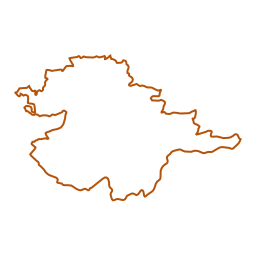 SVG path tracing the border of Naryn
{"feature_id": "KGZ-1118", "entity_name": "Naryn", "entity_type": "Region", "adm_level": 1, "iso_a3": "KGZ", "parent_name": "Kyrgyzstan", "parent_adm1": "", "projection": "albers", "projection_center": [75.468, 41.376], "detail": "fine", "context": "isolated", "style": "outline", "palette": "amber", "viewbox_px": 256, "rotation_deg": 0, "n_neighbors": 0, "source": "natural_earth", "source_scale": "10m", "svg_char_len": 5678}
<svg xmlns="http://www.w3.org/2000/svg" viewBox="0 0 256 256"><path d="M240.6,139.3L239.4,142.0L238.7,143.1L238.0,143.9L233.1,148.5L232.2,148.8L231.1,148.7L229.2,147.9L222.6,147.1L220.8,147.2L219.1,147.8L212.6,151.6L211.8,151.9L210.9,152.0L208.3,151.9L204.4,153.1L203.0,153.1L198.6,151.2L195.8,150.7L194.2,150.8L191.3,151.8L185.0,151.5L183.5,151.0L180.8,149.7L179.4,149.4L174.0,150.8L172.1,151.6L170.8,153.0L170.1,154.0L168.3,155.4L167.4,156.3L166.9,157.5L167.1,158.8L167.5,160.1L167.7,161.4L167.3,162.8L166.5,163.6L164.5,164.8L162.9,166.3L161.6,168.3L160.7,170.7L160.5,177.5L160.3,178.6L159.8,179.5L157.1,181.7L155.9,183.7L154.3,188.4L153.2,190.4L151.8,191.7L147.4,194.7L145.8,196.3L145.0,196.6L144.2,195.8L143.4,191.7L142.9,190.6L141.4,190.1L139.9,191.8L138.4,194.0L136.7,195.1L135.8,194.8L133.9,193.8L132.9,193.5L131.6,193.6L127.1,195.8L126.5,196.8L125.9,197.9L125.1,199.1L124.1,199.8L123.0,200.0L121.9,199.9L118.6,199.1L117.5,199.0L116.4,199.2L114.0,200.2L112.9,200.3L112.0,199.3L111.6,198.2L110.7,195.2L110.6,194.0L111.1,192.7L112.2,190.9L112.1,189.7L111.6,189.0L110.2,187.6L109.6,186.8L109.2,185.5L109.0,181.8L108.1,178.9L106.6,177.5L104.8,177.5L102.7,178.8L91.6,187.7L89.9,188.4L89.4,189.5L89.0,190.1L88.1,190.3L86.2,189.2L85.3,188.8L84.0,189.0L81.5,190.1L80.2,190.3L78.4,189.8L76.5,189.0L72.1,186.0L71.0,185.4L69.9,185.5L68.4,185.2L64.5,185.2L63.6,185.1L63.0,184.9L61.9,183.6L58.2,182.9L57.5,182.6L57.1,182.2L57.6,180.6L57.7,179.5L57.2,178.6L56.6,178.0L56.0,177.6L49.1,175.0L48.0,174.3L46.0,172.5L45.1,171.5L44.0,169.6L40.5,166.1L39.1,165.1L38.9,164.7L38.7,163.0L38.1,161.9L36.5,160.7L31.1,155.7L30.2,154.3L34.8,149.0L35.4,148.0L35.5,147.4L31.7,144.2L31.6,143.7L32.2,142.3L32.5,141.9L32.9,141.7L34.2,141.8L34.6,141.6L35.5,140.6L37.1,140.1L38.7,139.1L41.2,139.1L45.3,138.3L47.4,138.9L48.4,138.6L48.4,138.4L47.9,137.7L46.3,135.3L45.6,133.6L45.6,133.1L45.9,132.8L46.4,132.5L50.4,131.1L52.5,130.0L57.2,129.1L60.9,127.5L63.1,124.6L63.4,124.0L64.0,122.2L65.1,118.2L65.5,114.7L66.4,112.7L66.3,112.1L64.5,110.7L63.4,110.7L62.8,111.0L62.4,111.8L61.8,112.3L55.6,114.9L54.8,115.0L53.3,114.6L52.3,114.6L51.8,114.9L50.8,115.7L49.7,116.3L49.1,116.3L47.9,115.7L45.2,115.3L42.7,115.4L41.5,115.6L39.9,116.2L39.6,116.2L38.0,114.9L37.3,114.6L36.2,114.4L35.3,114.4L33.8,114.9L32.6,114.8L31.6,114.3L30.2,113.0L29.3,112.7L28.1,111.5L27.0,111.0L26.2,111.2L25.2,108.8L24.7,108.0L24.5,107.9L24.4,107.5L25.9,106.2L26.5,105.9L28.9,106.2L29.9,106.5L30.8,107.0L31.4,107.9L31.6,108.5L31.7,109.5L31.6,110.9L31.9,111.5L32.5,111.9L34.1,112.5L34.8,112.5L35.1,112.3L34.6,106.5L34.3,105.2L33.9,104.3L32.0,103.7L29.8,103.5L28.1,103.1L27.9,102.8L28.2,97.8L28.1,96.9L27.7,96.0L27.3,95.6L25.3,94.8L23.5,95.6L22.3,94.6L20.6,93.8L20.6,94.6L20.3,95.5L19.6,96.1L19.2,96.3L18.8,96.2L17.7,95.4L16.6,94.0L15.5,93.0L15.4,92.7L15.8,92.3L16.8,92.2L17.3,91.8L17.9,90.9L19.0,89.2L19.4,88.4L25.3,87.9L26.1,88.0L27.1,87.7L29.1,86.0L29.6,86.9L30.0,88.1L30.9,89.1L31.5,90.2L32.0,90.8L32.8,91.1L33.3,91.2L34.8,90.7L35.3,90.8L35.5,91.5L35.2,93.4L35.3,94.2L35.5,94.8L36.0,94.9L36.3,94.7L36.6,94.3L37.0,92.1L37.6,91.2L39.4,90.2L39.8,90.3L41.1,91.2L42.0,90.9L42.6,90.4L42.9,90.0L43.1,89.5L43.0,88.4L43.2,87.5L44.9,85.5L45.1,85.0L45.2,84.4L45.0,82.9L45.2,81.9L45.7,81.1L46.3,80.2L47.4,79.4L47.5,79.1L47.0,78.4L46.6,78.2L45.4,77.9L45.3,77.1L45.2,76.4L46.4,70.2L47.1,69.9L48.3,70.0L50.2,70.3L51.6,70.9L60.3,69.6L61.5,69.7L61.8,69.9L62.1,70.9L62.8,70.9L65.9,66.6L66.8,66.1L70.7,65.8L72.5,66.3L72.9,66.2L73.1,66.1L73.1,65.3L72.7,64.4L70.5,60.7L69.5,58.4L70.1,58.0L77.2,57.0L77.8,56.7L78.5,56.1L79.4,56.4L80.7,58.0L82.3,57.5L83.2,56.7L83.9,56.5L85.9,57.2L93.4,57.5L95.4,56.9L96.0,56.5L96.7,56.3L99.1,57.4L99.8,57.3L103.4,56.5L104.4,56.0L104.9,56.5L105.1,57.1L105.0,59.1L105.3,59.1L106.0,58.9L108.6,57.2L109.4,56.2L110.3,55.7L110.4,56.3L111.2,58.8L111.5,59.0L113.1,59.2L115.2,60.3L115.8,60.8L116.6,62.4L117.0,62.9L121.0,62.7L121.6,62.5L122.3,61.9L123.2,60.4L123.9,60.4L125.2,60.7L125.9,61.3L126.2,62.0L126.5,64.1L126.6,64.4L127.5,65.0L128.1,65.6L128.6,66.9L128.6,67.7L127.6,70.5L127.4,72.1L127.4,72.8L127.6,73.1L128.9,73.5L129.1,73.8L129.1,74.3L129.0,75.1L129.2,75.6L129.6,76.0L131.8,77.4L132.6,78.7L132.8,79.2L132.7,80.1L132.5,80.9L132.2,81.6L130.7,82.9L129.6,83.7L129.2,84.2L129.0,84.9L129.2,85.3L129.5,85.6L130.2,85.8L131.1,85.7L134.9,84.6L136.3,84.0L137.5,84.5L138.7,85.4L140.0,86.0L142.2,85.5L144.6,86.1L145.7,86.8L147.2,87.4L151.2,87.5L152.0,87.7L156.1,89.8L157.6,90.4L158.8,90.6L160.3,89.9L160.8,89.9L161.0,90.1L160.0,92.3L159.6,94.0L159.5,95.4L159.2,95.8L158.8,96.1L157.3,96.3L154.2,96.1L152.6,96.3L151.6,97.1L150.8,98.5L151.6,99.5L151.9,100.2L152.1,100.4L158.8,100.7L159.8,100.4L160.9,99.9L162.2,100.3L163.5,100.9L164.8,101.9L165.0,102.5L164.8,104.1L163.7,106.1L163.5,106.9L163.3,108.5L163.1,109.3L161.6,111.9L161.5,112.2L161.6,112.5L162.0,112.6L163.7,112.0L164.1,112.0L165.0,112.5L165.6,113.4L165.9,113.6L168.8,114.0L169.9,113.9L170.9,113.6L172.5,112.8L173.7,112.6L177.2,112.9L180.1,113.5L189.0,113.2L190.2,112.7L191.6,111.7L194.2,110.8L195.0,110.2L195.5,110.2L195.9,111.5L195.7,114.3L195.3,116.0L194.5,118.3L193.8,118.8L192.8,118.5L192.6,118.6L192.6,118.8L193.4,120.9L193.8,122.9L194.5,123.6L197.1,124.7L198.7,125.7L199.4,126.3L199.5,126.6L199.3,127.2L198.4,128.7L198.3,129.9L197.6,132.4L196.3,134.0L196.3,134.3L196.6,134.5L198.2,134.2L206.3,131.7L208.0,130.8L210.3,130.8L211.0,130.9L211.5,131.3L211.7,131.7L211.6,132.4L211.0,133.9L210.8,134.7L210.8,135.5L211.0,136.1L211.2,136.4L211.6,136.6L212.3,136.7L217.0,136.5L223.5,138.1L227.2,137.9L229.5,137.6L230.8,137.2L233.0,135.9L234.8,134.5L235.7,134.2L236.7,134.4L237.5,134.9L237.8,135.4L239.0,138.0L239.6,138.7L240.6,139.3Z" fill="none" stroke="#b45309" stroke-width="2"/></svg>